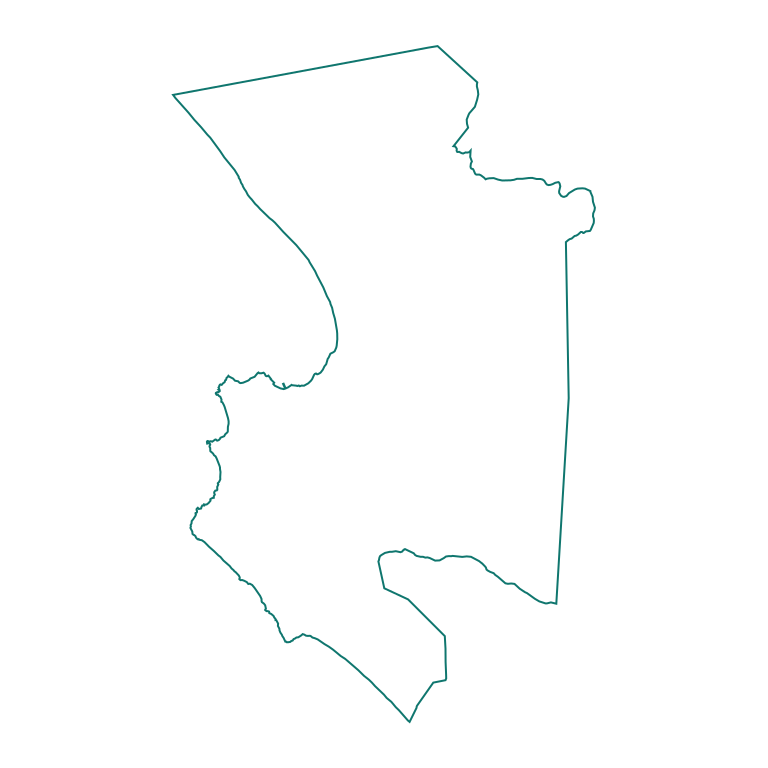 Paita, Piura, Peru
{"feature_id": "86281439B31634859634019", "entity_name": "Paita", "entity_type": "district", "adm_level": 2, "iso_a3": "PER", "parent_name": "Peru", "parent_adm1": "Piura", "projection": "mercator", "projection_center": [-81.063, -5.08], "detail": "fine", "context": "isolated", "style": "outline", "palette": "teal", "viewbox_px": 768, "rotation_deg": 0, "n_neighbors": 0, "source": "geoboundaries", "source_scale": "gbopen_adm2", "svg_char_len": 6117}
<svg xmlns="http://www.w3.org/2000/svg" viewBox="0 0 768 768"><path d="M556.3,603.7L568.7,398.2L565.9,242.1L568.5,239.9L570.0,239.0L571.6,238.6L574.6,236.0L576.3,235.6L578.1,234.5L580.8,232.0L581.7,232.0L582.4,232.2L583.2,233.0L583.7,233.0L585.9,231.4L589.7,231.0L590.1,230.8L590.9,229.5L593.7,223.0L593.9,220.9L593.8,218.8L593.0,216.4L593.2,213.4L594.5,210.3L594.9,207.7L593.0,201.8L592.5,196.8L590.4,191.9L590.4,191.1L585.1,188.6L582.5,188.3L577.5,188.6L574.9,189.5L569.0,193.1L566.5,196.0L564.0,196.9L562.8,196.7L561.1,195.8L559.2,193.0L559.1,191.2L560.3,186.3L559.6,183.5L559.0,182.5L558.4,182.1L555.2,182.8L552.7,184.1L550.6,184.8L548.6,185.1L547.0,184.6L546.1,183.7L544.3,180.8L542.5,179.5L540.4,179.0L536.6,179.0L532.2,177.9L528.8,178.0L522.4,178.8L517.0,178.8L514.0,179.8L510.6,180.3L502.2,180.5L498.1,179.6L493.7,178.1L489.3,178.3L487.0,178.7L485.6,179.3L484.1,177.7L480.9,175.3L479.4,174.6L476.3,174.6L475.5,174.1L475.0,173.4L473.5,169.9L472.9,169.0L471.5,168.7L470.8,167.9L470.5,166.6L470.9,163.5L471.9,161.5L470.2,156.9L470.6,150.6L469.2,152.2L467.0,152.6L465.7,152.4L463.1,153.5L461.5,153.1L459.1,151.8L457.9,152.0L457.2,151.9L456.6,150.7L456.8,148.9L456.5,148.3L455.3,146.5L453.5,146.2L468.1,127.7L467.0,123.8L466.7,119.6L468.6,114.7L469.3,113.3L474.9,106.8L477.1,99.8L478.3,94.4L477.8,90.2L476.9,86.5L476.9,84.4L477.3,82.4L437.6,46.1L428.4,47.6L173.1,94.9L175.4,98.0L188.6,112.8L194.3,119.8L201.2,127.3L207.3,134.6L210.2,137.6L220.2,151.2L224.3,157.4L234.6,170.0L238.7,176.7L238.7,177.7L240.0,179.7L241.1,182.9L242.5,185.0L242.9,186.4L244.5,189.2L246.0,191.3L247.8,194.9L249.7,197.3L251.9,199.7L255.1,203.8L257.7,206.3L260.1,209.0L269.6,218.2L272.4,220.3L274.9,222.6L283.3,231.9L296.3,245.1L308.6,260.0L309.7,262.4L315.1,271.2L317.1,275.6L323.3,287.4L326.9,296.1L330.1,302.0L330.5,304.0L332.1,307.8L333.2,313.0L334.9,318.7L336.9,330.3L337.2,333.4L337.3,339.2L336.7,345.6L336.3,347.5L334.7,351.2L333.4,352.2L330.4,353.7L328.7,357.5L327.7,358.9L326.2,364.2L324.4,366.4L322.9,369.6L320.7,372.5L319.4,373.4L317.7,374.2L317.1,374.3L316.0,373.5L314.9,373.9L314.1,374.8L312.2,379.0L311.1,380.6L308.3,383.3L304.0,385.7L301.5,385.6L300.0,386.2L299.5,386.2L298.8,385.5L297.2,386.0L296.6,385.7L291.9,385.2L291.6,384.9L288.0,387.4L285.6,388.4L283.6,383.7L283.1,383.9L285.2,388.6L283.7,389.1L280.5,388.4L274.8,385.7L273.3,384.0L274.2,382.7L270.8,379.3L271.0,379.0L268.4,375.6L267.5,376.1L266.5,376.2L265.7,375.8L264.6,373.6L263.6,372.7L261.3,373.3L259.1,373.2L258.5,372.5L257.6,373.1L254.6,376.8L250.3,378.5L249.4,379.7L248.1,380.6L243.1,382.7L240.6,383.1L239.6,382.8L238.1,381.3L235.0,380.7L233.1,378.6L229.2,376.6L228.4,375.8L227.6,377.0L226.6,377.8L226.0,379.9L225.2,380.3L224.6,382.2L222.9,383.4L221.8,384.8L221.5,384.9L220.4,384.4L219.8,384.8L219.2,386.0L219.2,386.7L218.5,387.5L219.3,389.2L218.5,389.7L219.7,390.5L219.7,391.2L218.5,392.1L217.3,392.1L215.9,392.9L215.8,393.6L216.5,394.7L216.9,394.9L217.4,394.6L217.8,394.6L219.1,396.1L220.3,396.7L221.5,399.5L221.3,401.8L222.4,402.3L223.9,405.1L224.7,407.1L228.0,418.1L228.6,421.2L228.6,423.8L227.9,426.9L227.8,431.4L227.4,432.3L225.2,434.3L224.2,436.2L220.5,437.7L220.0,438.8L219.0,439.9L217.6,440.6L217.0,440.6L216.0,439.6L215.3,439.5L212.2,441.7L210.9,441.2L209.7,441.6L207.6,441.0L207.1,441.3L206.9,441.8L207.2,443.6L208.9,443.2L209.7,443.5L210.2,444.3L210.2,444.8L209.7,445.6L209.5,446.7L210.2,448.0L210.3,451.0L210.7,451.6L211.4,452.0L213.1,453.6L214.0,455.2L215.6,456.4L216.7,458.6L219.6,466.0L220.0,467.5L220.0,469.0L220.5,472.0L220.2,477.1L220.3,479.3L219.1,481.9L217.8,483.2L217.8,483.7L218.3,484.6L217.2,486.9L217.3,489.8L216.8,490.4L215.3,490.6L214.2,492.2L214.2,493.1L214.8,494.6L213.8,496.2L213.8,497.8L212.4,498.0L210.5,499.0L210.3,499.5L210.5,500.7L208.6,503.0L206.8,504.4L205.4,504.7L204.1,504.4L204.1,505.5L202.4,505.4L201.6,506.7L201.1,508.5L198.8,509.0L197.8,507.8L196.7,508.8L196.5,509.9L197.0,510.9L197.0,512.1L196.6,512.7L195.6,513.0L195.5,513.8L195.9,514.5L195.5,515.7L193.3,519.1L191.7,521.1L191.5,523.5L190.6,525.1L190.9,526.5L190.4,527.9L192.3,531.6L192.5,533.9L193.6,534.9L194.3,535.1L195.5,536.2L196.0,537.6L197.3,539.0L198.2,539.5L198.7,539.1L199.8,539.9L201.8,540.2L204.5,542.1L209.1,546.8L213.9,551.0L218.4,555.4L220.4,556.9L223.4,560.5L229.7,566.0L231.6,568.5L233.5,570.1L234.5,571.4L235.5,572.0L238.8,575.5L239.7,577.3L239.7,578.3L239.3,579.0L240.0,579.8L240.7,580.2L242.1,580.0L244.3,580.8L246.8,582.1L248.3,584.0L249.8,583.7L252.2,585.0L254.8,588.2L260.1,595.9L261.5,598.9L261.6,601.2L261.9,602.1L264.0,603.7L265.2,605.3L265.9,608.7L265.2,609.6L265.2,610.1L266.5,611.1L267.7,611.1L269.1,611.6L269.3,613.1L271.3,614.0L273.6,616.0L274.3,617.6L275.4,618.7L275.5,620.0L276.0,619.9L276.4,620.4L278.1,623.6L277.9,625.9L279.4,628.8L279.5,630.4L280.4,632.6L281.9,634.8L282.4,636.2L283.5,637.7L285.3,641.6L285.9,641.5L286.6,642.2L287.0,642.1L287.8,642.3L290.3,641.9L291.4,640.9L292.6,640.6L293.6,639.1L294.9,638.6L296.4,637.5L298.3,637.3L301.1,635.5L302.7,634.1L304.5,634.7L305.8,635.6L307.4,635.9L310.0,635.8L310.9,636.2L312.4,637.5L314.8,638.2L317.7,639.4L324.5,644.1L328.9,646.7L333.1,649.7L340.7,656.0L345.2,658.9L358.3,670.2L364.2,676.0L368.9,679.7L371.9,682.6L375.0,686.1L384.0,694.7L386.6,697.9L391.4,701.9L395.8,707.2L398.9,710.2L407.9,720.5L409.6,721.9L416.5,707.9L416.7,706.5L417.0,705.8L433.3,682.6L445.5,680.2L446.2,678.4L446.1,674.5L445.6,662.1L445.5,648.7L444.8,636.1L408.1,599.4L384.3,588.3L378.4,561.4L378.9,560.3L379.4,557.7L380.0,556.2L381.3,555.1L385.0,552.9L389.8,551.8L391.9,551.8L395.8,551.2L400.5,552.2L402.3,551.5L403.1,550.3L403.7,550.1L404.2,549.4L405.0,549.1L413.8,553.3L415.0,554.9L416.6,555.9L420.6,556.8L423.0,556.8L425.3,557.6L427.4,557.4L429.7,558.0L435.1,560.6L439.6,560.4L443.8,558.1L446.0,556.5L448.9,556.1L451.2,556.2L452.5,555.9L462.3,556.9L466.7,556.4L471.0,556.8L479.1,561.1L482.5,563.8L485.1,566.5L485.9,567.5L486.5,569.5L487.5,570.4L490.2,571.9L493.7,573.2L495.2,574.9L497.9,576.8L505.4,583.3L507.9,583.8L511.3,583.5L514.5,583.9L519.7,588.7L525.0,592.2L527.0,593.1L534.9,598.8L539.3,601.4L545.5,603.4L546.9,603.4L550.9,602.4L556.3,603.7Z" fill="none" stroke="#0f766e" stroke-width="2"/></svg>